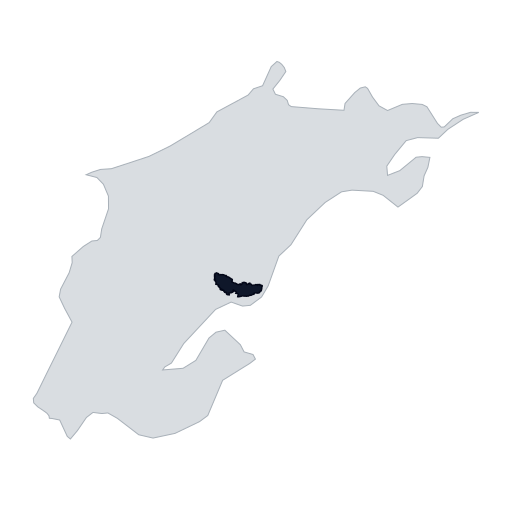 location of Turrubares, San José, Costa Rica, rotated 274°
{"feature_id": "36466004B44597277334716", "entity_name": "Turrubares", "entity_type": "district", "adm_level": 2, "iso_a3": "CRI", "parent_name": "Costa Rica", "parent_adm1": "San José", "projection": "natural_earth1", "projection_center": [-84.504, 9.748], "detail": "fine", "context": "in_parent", "style": "filled", "palette": "ink", "viewbox_px": 512, "rotation_deg": 274, "n_neighbors": 0, "source": "geoboundaries", "source_scale": "gbopen_adm2", "svg_char_len": 6671}
<svg xmlns="http://www.w3.org/2000/svg" viewBox="0 0 512 512"><g transform="rotate(274 256 256)"><path d="M451.5,263.3L450.8,265.8L448.8,268.5L445.9,271.1L442.1,272.9L432.8,267.5L423.7,261.2L418.7,264.1L416.8,272.2L413.4,276.3L409.2,277.9L407.5,280.7L407.2,307.9L407.5,333.6L414.4,334.2L425.9,343.1L430.8,348.3L432.4,353.2L431.0,355.6L422.6,361.2L414.4,368.2L410.3,377.1L417.5,391.4L419.0,401.1L418.8,411.2L416.8,416.1L400.9,427.8L397.4,431.8L397.9,434.8L406.7,442.8L410.8,450.6L414.3,460.0L414.8,468.2L406.8,453.1L395.8,438.6L386.2,429.7L385.4,409.0L381.6,397.8L367.1,387.4L354.8,380.2L345.6,381.6L351.2,393.5L365.7,408.8L366.7,414.7L366.5,422.6L356.5,421.3L347.7,418.1L336.9,417.1L329.8,412.4L314.7,394.2L325.4,378.6L328.7,368.4L328.4,347.2L326.0,336.9L314.3,321.3L295.7,304.2L269.7,290.1L257.5,278.8L227.0,270.2L215.5,264.4L206.4,253.8L205.1,246.1L208.3,234.4L199.9,219.4L163.6,190.0L143.3,179.1L139.0,172.8L135.8,170.8L138.9,191.1L147.7,203.3L170.9,214.8L177.2,221.4L179.8,230.1L166.4,246.6L159.5,250.8L157.5,259.9L153.1,262.6L148.5,257.4L129.7,231.4L93.5,219.0L86.9,211.3L73.4,187.6L67.2,166.0L69.5,151.5L84.4,129.0L89.1,119.2L88.1,113.2L88.6,104.3L83.1,98.1L69.3,90.0L60.5,83.6L62.9,80.3L78.7,71.6L79.7,63.8L79.7,61.2L82.2,60.6L84.5,58.5L85.9,56.4L90.3,48.8L94.0,44.5L98.4,43.8L103.7,47.0L123.6,55.1L145.7,64.2L177.2,77.1L190.3,68.8L201.5,62.5L209.3,63.4L226.3,70.8L236.5,73.1L242.7,72.4L253.5,83.1L259.5,91.2L260.4,96.6L263.7,99.5L272.2,100.2L292.8,105.6L305.5,104.6L316.9,98.8L323.2,91.8L325.2,80.9L328.1,86.3L331.5,94.8L333.0,105.7L347.9,142.3L359.8,162.8L385.8,200.0L397.0,206.9L416.0,236.9L422.6,241.8L426.3,250.7L446.0,258.0L451.5,263.3Z" fill="#d9dde1" stroke="#a8b0b8" stroke-width="1"/><path d="M235.1,216.2L234.5,216.5L234.3,216.5L234.1,216.2L234.0,215.9L233.7,216.0L233.2,216.2L232.7,216.5L232.4,216.5L232.3,216.4L232.2,216.1L231.9,216.2L231.7,216.3L231.3,216.3L230.6,216.3L230.3,216.4L230.3,216.5L230.2,216.5L230.1,216.4L229.8,216.3L229.6,216.5L229.6,216.4L229.6,216.1L229.2,216.1L229.0,216.4L228.9,216.8L228.8,217.0L228.7,217.1L228.2,217.1L227.8,217.3L227.4,217.7L226.9,218.0L226.5,218.0L226.2,218.2L225.6,218.2L225.4,217.9L225.1,217.9L225.1,218.2L224.9,218.9L224.9,219.2L224.6,219.6L224.5,220.0L224.4,220.3L224.2,220.8L223.9,220.8L223.9,220.5L223.8,220.4L223.6,220.4L223.4,220.4L223.2,220.6L222.9,221.0L222.6,221.2L222.1,221.6L221.9,221.8L221.8,222.2L221.5,222.6L221.0,222.6L221.0,222.8L220.9,223.1L220.7,223.1L220.4,222.8L220.3,222.7L220.1,222.7L219.9,222.9L219.9,223.1L220.2,223.5L220.3,224.0L220.4,224.3L220.3,224.7L220.2,224.8L219.9,224.7L219.5,224.6L219.5,225.1L219.5,225.3L219.6,226.1L219.4,226.3L219.3,226.5L219.2,226.5L219.0,226.4L218.8,226.4L218.6,226.4L218.1,226.9L217.6,227.3L217.6,227.6L217.8,227.9L217.9,228.1L217.9,228.4L217.7,228.7L217.4,228.9L217.2,229.2L216.8,228.9L216.7,228.9L216.3,229.2L216.0,229.3L215.8,229.6L215.6,229.7L215.5,229.9L215.4,230.5L215.5,231.1L215.5,231.4L215.3,231.7L215.3,232.0L215.6,232.1L215.9,231.9L216.1,231.7L216.5,231.6L217.0,231.6L217.1,232.2L217.2,232.4L217.5,232.6L217.5,233.1L217.6,233.3L217.9,233.7L217.9,233.8L217.7,233.9L217.7,234.2L217.8,234.3L218.2,234.3L218.3,234.6L218.2,234.6L218.3,234.8L218.2,235.0L218.3,235.2L218.6,235.4L218.8,235.4L218.9,235.6L219.1,235.6L219.1,235.8L219.6,235.6L219.7,235.4L219.9,235.4L220.0,235.5L220.3,235.5L220.5,235.9L220.5,236.0L220.4,236.2L220.3,236.4L220.2,236.5L219.9,237.1L219.6,237.2L219.5,237.5L219.4,237.6L219.3,237.8L219.2,238.1L219.2,238.5L219.0,238.8L218.9,238.9L218.6,238.9L218.0,238.7L217.4,238.5L217.4,238.9L217.3,239.6L217.2,240.0L217.2,240.3L217.0,240.5L216.9,240.7L216.7,240.9L216.5,241.1L216.4,241.1L216.2,241.0L215.9,240.9L215.6,240.8L215.3,240.9L215.1,240.8L214.7,240.6L214.2,240.6L214.3,241.0L214.1,241.4L214.1,241.7L214.2,241.8L214.3,242.0L214.4,242.8L214.7,243.5L214.7,243.8L214.9,244.2L215.0,244.6L215.2,245.0L215.4,245.4L215.4,245.9L215.3,246.1L215.2,246.3L215.2,247.4L215.2,247.9L215.4,248.2L215.4,248.3L215.3,248.6L215.2,248.8L215.2,249.1L215.2,249.4L215.3,249.7L215.4,249.9L215.5,251.2L216.5,252.6L216.4,253.1L216.4,253.5L216.6,253.7L216.6,253.9L216.7,254.1L216.7,254.3L216.9,254.5L217.0,254.6L217.1,254.8L217.3,255.2L217.5,255.7L217.6,256.0L217.6,256.4L217.6,256.5L217.8,256.6L218.0,256.7L218.3,256.5L218.5,256.5L218.7,257.0L219.1,257.5L219.2,258.0L219.2,258.5L219.1,259.5L219.1,259.9L219.1,260.5L219.4,261.1L219.4,261.3L219.6,261.7L219.7,262.0L219.8,262.1L220.1,262.2L220.4,262.1L220.9,262.6L221.0,262.5L221.4,262.8L221.5,263.0L221.4,263.3L221.6,263.6L222.1,263.7L222.4,263.8L224.0,264.0L224.3,264.0L224.5,263.8L225.3,263.9L225.5,264.1L225.8,264.2L226.0,263.9L226.4,264.0L226.6,264.2L226.9,264.2L227.0,264.0L227.0,263.4L227.1,263.2L227.3,263.0L227.3,262.7L227.2,262.6L226.9,262.3L226.9,262.2L227.1,262.1L227.3,262.0L227.6,261.9L227.8,261.8L227.8,261.5L227.7,261.4L227.7,260.9L227.5,260.6L227.5,260.4L227.5,260.2L227.7,259.9L227.6,259.6L227.4,259.5L227.0,259.3L227.2,259.1L227.3,258.9L227.4,258.6L227.4,258.3L227.5,258.0L227.5,257.8L227.4,257.6L227.2,257.3L226.8,256.5L226.7,255.3L226.6,254.8L226.6,254.6L226.3,254.3L226.3,254.2L226.5,254.2L226.8,253.7L227.2,253.3L227.3,253.2L227.5,253.1L227.5,252.8L227.7,252.6L227.7,252.3L227.6,252.1L227.8,251.9L228.0,251.9L228.5,251.7L228.4,251.4L228.3,251.2L228.2,251.1L228.0,250.5L227.9,250.3L227.7,250.3L227.4,250.3L227.3,250.2L227.2,250.0L227.2,249.6L227.1,249.4L227.1,249.2L226.9,249.1L226.8,248.9L226.8,248.7L227.0,248.7L227.5,248.2L228.1,248.2L228.1,247.9L228.3,247.7L228.5,247.7L228.7,247.1L228.7,246.5L228.8,246.4L228.9,246.2L228.8,245.9L228.8,245.5L228.8,245.3L228.7,245.1L227.9,244.6L227.9,244.3L228.1,244.1L227.8,244.0L227.6,244.0L227.3,243.8L226.7,243.7L226.4,243.4L226.2,243.1L226.1,242.8L226.1,242.7L227.1,242.3L227.1,242.1L226.9,241.8L226.3,240.7L226.2,240.3L226.2,240.0L226.4,239.7L226.5,239.3L226.5,238.7L226.9,238.5L227.0,238.3L227.3,237.6L227.4,237.3L227.5,237.2L227.5,236.0L228.1,234.6L228.5,234.1L228.6,233.7L228.8,233.7L229.1,233.9L230.0,233.9L230.3,234.0L230.8,234.0L231.1,233.8L231.2,233.3L231.8,232.4L231.9,232.2L231.9,231.9L232.1,231.6L232.3,231.5L232.4,231.2L232.8,230.6L233.1,230.2L233.1,229.6L233.2,229.3L233.2,228.9L233.3,228.7L233.5,228.3L233.4,228.0L233.5,227.8L233.7,227.7L233.8,227.7L234.1,227.7L234.2,227.8L234.3,227.7L234.2,227.6L234.1,227.4L234.3,227.3L234.3,226.9L234.4,226.7L234.5,226.3L234.7,226.1L234.7,225.5L234.7,225.3L235.0,225.0L235.0,224.9L235.1,223.9L235.1,223.7L235.0,223.4L234.9,223.1L235.0,222.3L235.0,222.0L234.7,221.5L234.7,220.0L235.7,219.9L235.8,219.6L236.0,219.2L236.0,218.7L236.3,218.1L236.4,217.9L236.2,217.7L235.9,217.1L235.9,216.8L235.8,216.5L235.6,216.4L235.2,216.3L235.1,216.2Z" fill="#0f172a" stroke="#020617" stroke-width="1.5"/></g></svg>